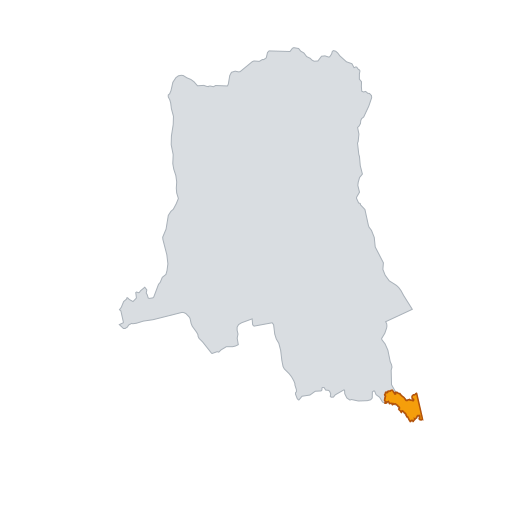 Sakania, Katanga, Democratic Republic of the Congo (highlighted), rotated 347°
{"feature_id": "63176286B52056185132037", "entity_name": "Sakania", "entity_type": "district", "adm_level": 2, "iso_a3": "COD", "parent_name": "Democratic Republic of the Congo", "parent_adm1": "Katanga", "projection": "equal_earth", "projection_center": [28.713, -12.599], "detail": "fine", "context": "in_parent", "style": "filled", "palette": "amber", "viewbox_px": 512, "rotation_deg": 347, "n_neighbors": 0, "source": "geoboundaries", "source_scale": "gbopen_adm2", "svg_char_len": 8578}
<svg xmlns="http://www.w3.org/2000/svg" viewBox="0 0 512 512"><g transform="rotate(347 256 256)"><path d="M396.3,343.1L367.5,349.2L368.1,351.4L367.8,353.7L367.1,355.5L364.1,360.3L359.8,364.7L359.8,365.8L362.0,370.7L363.3,377.4L363.0,389.2L363.6,392.4L363.5,394.9L362.0,397.7L359.1,411.9L361.1,418.7L366.7,425.1L370.1,429.9L375.7,431.6L376.6,431.3L376.9,427.4L381.4,425.9L381.3,451.1L381.0,452.5L380.2,452.8L379.1,452.0L378.8,449.6L377.6,448.6L372.2,451.7L370.8,451.6L369.3,451.1L368.2,449.8L367.8,447.9L364.0,440.5L362.1,440.0L360.0,433.4L351.4,428.6L348.1,428.2L346.4,426.7L344.7,421.5L341.8,418.1L341.2,414.4L340.6,413.9L338.8,414.6L337.3,420.5L335.4,421.9L331.9,422.0L323.1,420.3L316.7,417.3L315.1,417.5L312.6,414.8L311.5,410.2L312.1,406.7L311.6,406.2L302.0,409.1L299.7,410.9L297.5,410.5L296.8,409.5L297.8,407.1L297.3,404.5L296.6,403.3L293.7,402.3L292.8,399.5L291.1,399.1L290.5,399.5L290.1,401.4L289.0,402.1L283.3,401.1L277.3,403.6L269.3,403.0L265.5,405.9L265.0,405.8L264.1,404.3L263.4,399.5L263.7,398.2L264.9,397.3L265.3,395.3L264.9,390.4L265.2,389.2L264.8,386.3L263.5,381.8L261.8,378.1L258.2,372.4L257.5,369.8L257.7,363.5L258.8,353.6L258.6,346.2L257.1,341.4L256.7,336.3L257.7,326.9L256.7,324.7L238.4,323.9L237.7,323.2L237.3,321.9L238.1,316.4L227.0,317.8L223.6,318.9L221.6,321.1L220.9,324.0L220.9,328.0L219.2,331.8L218.8,338.4L215.7,339.1L212.6,339.1L206.7,337.7L200.9,339.6L198.1,341.3L196.6,340.5L191.4,341.1L190.8,340.7L184.7,327.8L182.0,323.5L181.5,321.4L181.7,319.4L180.9,316.7L178.1,310.1L177.6,307.0L177.7,302.2L177.3,300.6L174.8,296.4L173.1,295.0L171.3,294.3L141.4,294.9L131.6,294.1L124.4,294.6L120.7,294.3L119.7,293.7L116.4,294.6L114.7,296.3L112.1,297.2L110.5,296.8L107.4,292.1L111.6,291.2L111.9,290.7L112.0,279.2L110.9,277.6L113.2,275.7L116.8,270.6L120.3,268.8L120.8,267.7L121.5,267.8L122.8,269.9L125.9,272.7L129.7,270.3L130.1,269.6L130.6,264.6L131.5,264.2L133.2,265.3L134.1,265.3L135.7,263.9L140.6,261.4L142.0,264.5L140.7,267.4L141.3,269.4L141.5,272.6L142.3,273.3L146.1,273.6L147.2,272.9L154.7,261.6L156.7,260.2L159.9,255.7L164.1,253.7L166.0,250.2L168.4,243.8L169.4,234.7L169.0,218.9L169.3,216.7L174.4,209.6L179.7,196.7L183.2,193.3L185.9,191.9L190.0,187.2L193.3,182.5L192.9,176.7L193.6,172.0L195.4,166.0L196.0,159.6L195.4,152.8L195.7,147.3L198.1,138.6L198.4,128.5L200.6,120.0L204.9,109.3L207.0,101.3L206.7,93.5L207.3,87.7L207.1,84.2L206.3,81.3L206.7,79.4L208.3,78.6L210.4,75.7L214.1,68.0L218.1,64.2L220.9,63.0L223.8,63.1L225.7,63.8L228.7,66.8L232.2,69.3L234.8,72.3L237.3,77.0L243.5,78.0L246.2,79.7L247.8,80.3L248.4,79.9L249.7,80.1L252.6,81.5L255.0,80.8L266.4,83.9L267.7,82.3L271.0,74.3L273.4,71.5L277.3,71.2L280.4,72.7L282.0,72.8L296.1,65.8L297.9,65.5L303.0,67.1L306.4,66.0L307.7,66.4L310.6,65.2L313.0,60.3L314.9,59.1L335.1,64.4L338.2,61.8L339.7,61.5L344.2,63.4L345.6,66.4L348.3,68.9L350.2,73.1L353.2,75.5L354.7,77.8L356.5,79.3L360.2,79.9L364.8,76.1L368.2,76.5L371.5,78.5L372.6,78.5L375.1,76.2L376.4,73.8L377.7,73.3L379.7,74.4L381.3,76.6L382.7,79.8L387.8,87.1L392.7,90.2L393.9,94.6L395.7,94.2L396.6,94.6L397.8,97.4L398.7,98.0L398.9,99.1L397.7,101.8L396.5,106.9L398.0,110.0L396.8,114.5L396.1,119.2L397.7,120.4L399.8,120.3L401.6,122.7L403.1,123.1L404.6,125.7L404.3,127.8L399.5,135.5L392.2,144.8L389.8,145.9L388.5,147.7L387.6,150.4L385.5,152.7L383.9,153.6L383.7,160.4L381.3,167.4L380.3,168.8L379.0,180.2L379.2,182.2L377.9,191.5L378.1,200.1L374.6,202.8L372.2,207.1L371.1,210.1L371.2,217.1L367.2,221.4L366.9,222.4L367.9,227.4L369.3,228.2L369.4,229.8L372.6,235.2L372.4,251.6L372.6,253.2L374.3,257.1L375.4,264.5L374.2,274.0L378.6,291.3L376.6,297.6L377.5,303.7L380.2,310.1L386.3,316.3L388.0,318.9L389.5,322.4L391.0,327.8L396.3,343.1Z" fill="#d9dde1" stroke="#a8b0b8" stroke-width="1"/><path d="M348.6,428.5L348.9,428.6L349.2,428.5L349.9,428.6L350.0,428.6L350.1,428.3L350.3,428.2L350.7,428.1L350.8,428.0L350.8,427.9L350.7,427.5L350.8,427.4L351.3,427.7L351.5,427.7L351.8,427.7L352.2,427.7L352.3,427.6L352.4,427.8L352.6,428.4L352.9,429.2L352.9,429.4L352.8,429.7L352.8,429.9L352.9,430.0L353.0,430.0L353.4,429.7L353.6,429.7L353.8,429.9L354.3,429.9L354.6,429.9L354.8,430.0L355.0,430.1L355.3,431.2L355.4,431.6L355.5,431.7L355.8,431.6L355.9,431.3L355.8,431.2L356.0,430.9L356.2,430.7L356.3,430.6L356.5,431.0L356.9,431.1L357.0,431.2L357.1,431.4L357.3,431.4L357.6,431.2L358.0,431.4L358.3,431.3L358.5,431.3L358.7,431.5L358.8,431.7L359.0,431.9L359.9,433.0L360.1,433.2L360.4,433.4L360.5,433.5L360.5,434.2L360.5,434.3L360.6,434.5L360.9,434.7L361.2,435.0L361.6,435.5L361.7,435.8L361.6,436.6L361.3,436.8L361.0,436.9L360.8,437.0L360.7,437.2L360.6,437.3L360.7,437.5L360.8,437.9L361.0,438.3L361.8,439.3L361.9,439.7L362.0,440.4L362.4,440.9L362.4,441.1L362.5,441.2L362.8,440.9L362.9,440.3L363.0,440.2L363.3,439.7L363.7,439.7L363.8,439.7L363.9,439.8L364.1,440.1L364.2,440.3L364.4,440.3L364.8,440.9L364.9,441.1L365.0,441.4L365.0,441.6L365.2,441.9L365.3,442.2L365.4,442.3L365.6,442.2L365.8,442.3L365.9,442.5L365.9,442.9L366.3,443.3L366.4,443.6L366.5,444.0L366.5,444.6L366.7,444.8L366.7,445.1L366.5,445.3L366.6,445.5L366.7,446.0L366.7,446.4L366.8,446.6L367.1,446.6L367.1,446.8L367.3,446.8L367.5,446.7L367.6,446.8L367.7,447.1L368.0,448.4L368.2,449.1L368.2,449.7L368.3,450.0L368.5,450.4L368.6,450.5L368.6,451.0L368.8,451.2L369.0,451.1L369.1,451.3L368.9,451.6L369.0,452.0L369.4,452.1L369.7,451.8L370.2,451.5L370.3,451.4L370.4,451.2L370.8,451.1L371.1,451.2L371.3,451.3L371.5,451.7L371.7,452.1L371.8,452.6L372.0,452.6L372.3,452.1L372.7,451.9L372.9,451.6L373.1,451.5L373.5,451.3L373.7,451.2L373.8,451.1L373.8,450.9L373.9,450.5L373.9,450.3L374.0,450.4L374.2,450.6L374.3,450.6L374.5,450.6L374.6,450.3L374.7,450.2L374.8,450.2L375.0,450.2L375.3,450.1L375.9,449.9L376.0,449.9L376.3,449.3L376.4,449.1L376.6,449.0L376.7,448.9L376.8,448.5L377.0,448.4L377.2,448.2L377.3,448.1L377.7,448.2L377.8,448.1L377.9,447.9L378.0,447.8L378.4,448.0L378.6,448.3L379.0,448.4L379.3,448.1L379.5,448.2L379.5,448.3L379.5,448.6L379.6,448.8L379.6,449.0L379.2,449.3L379.1,449.6L379.3,449.9L379.3,450.1L379.2,450.5L379.0,450.8L378.5,450.9L378.4,451.0L378.5,451.2L378.5,451.4L378.4,451.6L378.4,451.8L378.5,451.9L378.7,452.1L379.0,452.5L379.4,452.3L379.5,452.3L379.9,452.8L380.0,452.9L380.5,452.8L380.9,452.5L381.0,452.5L381.5,452.8L381.6,448.5L381.5,447.1L381.6,446.5L381.5,446.0L381.6,445.1L381.6,443.0L381.6,442.5L381.6,442.1L381.6,426.0L381.5,425.9L381.3,426.0L381.2,426.0L380.9,426.0L380.5,426.3L380.2,426.6L379.4,426.9L379.1,427.0L378.9,426.9L378.3,426.6L378.2,426.6L377.7,426.9L377.4,427.1L377.0,427.3L376.6,427.7L376.5,427.8L376.3,428.3L376.1,429.3L376.1,429.6L376.3,429.9L376.5,430.5L376.7,430.8L376.8,430.9L377.2,430.9L377.3,431.0L377.3,431.6L377.2,431.9L377.0,432.1L376.8,432.4L376.6,432.4L376.4,432.4L375.9,432.1L375.4,431.8L374.9,431.3L374.7,431.2L374.2,431.3L373.9,431.3L373.7,431.2L373.7,430.9L373.6,430.7L373.2,430.2L372.8,430.4L372.7,430.4L372.4,430.4L372.0,430.3L371.8,430.4L371.5,430.6L371.1,430.8L370.9,430.8L370.8,430.6L370.7,430.5L370.3,430.5L370.1,430.7L369.8,430.6L369.6,430.4L369.5,430.2L369.4,429.9L369.1,429.3L369.1,428.6L368.8,428.2L368.5,427.5L368.2,427.0L368.1,426.8L367.7,426.4L367.2,425.9L367.0,425.7L366.8,425.5L366.7,425.3L366.6,424.9L366.3,424.3L365.8,423.9L365.6,423.8L365.6,423.6L365.5,423.3L365.4,423.0L365.4,422.5L365.3,422.4L365.2,422.3L364.9,422.4L364.6,422.4L364.4,422.2L364.1,422.0L363.7,421.7L363.4,421.5L363.3,421.4L363.1,420.8L362.9,420.8L362.6,420.8L362.3,420.6L362.0,420.5L361.9,420.5L361.7,420.3L361.5,420.2L361.2,420.3L361.0,420.2L360.9,420.4L361.0,420.6L361.0,420.8L361.2,421.0L361.2,421.4L361.2,421.5L361.1,421.8L360.9,421.9L360.3,421.9L360.2,421.8L360.1,421.3L359.4,419.6L359.2,418.7L358.7,417.5L358.5,417.3L356.7,417.4L356.6,417.5L356.6,417.8L356.4,417.9L356.2,417.9L355.9,417.7L355.7,417.6L355.3,417.6L355.1,417.5L354.9,417.4L354.3,417.4L354.0,417.5L353.8,417.7L353.8,418.3L353.6,418.5L353.5,418.4L353.5,418.2L353.4,418.2L353.3,418.3L353.2,418.4L353.1,418.6L352.9,418.6L352.9,418.4L352.8,418.6L352.7,418.6L352.3,418.3L352.1,418.3L351.9,418.1L351.9,417.9L351.5,418.1L351.4,418.3L351.5,418.4L351.5,418.6L351.6,418.8L351.1,419.1L351.0,419.6L350.9,419.6L350.7,419.7L350.4,419.7L350.2,419.8L350.2,420.0L350.1,420.3L350.1,420.6L350.5,421.3L350.7,421.6L350.4,421.8L350.3,422.2L350.2,422.4L350.1,422.6L349.9,422.7L349.8,422.9L349.9,423.0L349.7,423.3L349.8,423.4L349.9,423.5L349.8,423.8L349.7,423.9L349.6,424.0L349.4,423.9L349.2,424.4L349.1,424.9L349.1,425.0L348.9,425.1L348.8,425.3L348.8,425.8L348.9,426.1L349.1,426.2L349.1,426.4L349.1,426.5L349.3,427.0L349.1,427.3L349.1,427.5L348.7,427.9L348.6,428.0L348.5,428.3L348.6,428.5Z" fill="#f59e0b" stroke="#b45309" stroke-width="1.5"/></g></svg>